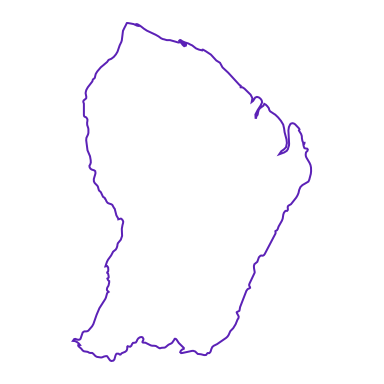 map outline of Guyane française (Natural Earth projection)
{"feature_id": "FRA-2000", "entity_name": "Guyane française", "entity_type": "Overseas department", "adm_level": 1, "iso_a3": "FRA", "parent_name": "France", "parent_adm1": "", "projection": "natural_earth1", "projection_center": [-53.325, 3.928], "detail": "fine", "context": "isolated", "style": "outline", "palette": "violet", "viewbox_px": 384, "rotation_deg": 0, "n_neighbors": 0, "source": "natural_earth", "source_scale": "10m", "svg_char_len": 5743}
<svg xmlns="http://www.w3.org/2000/svg" viewBox="0 0 384 384"><path d="M105.4,266.4L107.0,261.7L108.1,259.6L111.1,255.5L113.1,251.7L115.8,249.5L116.7,247.9L117.3,246.0L117.5,244.4L117.9,243.2L120.8,239.7L122.1,235.9L121.8,228.9L122.5,225.0L123.1,222.9L123.2,221.5L122.7,220.3L121.6,219.0L120.9,218.6L120.0,218.8L119.2,219.1L118.3,219.3L118.3,218.7L116.4,215.4L114.7,208.8L113.9,207.8L112.3,204.9L111.4,204.3L108.7,203.4L107.7,202.9L107.3,202.5L106.5,201.4L105.7,199.6L105.1,198.5L104.8,198.5L104.5,197.7L103.0,196.8L101.0,192.5L100.5,191.8L99.3,190.8L98.8,190.0L97.9,186.7L97.4,185.8L94.7,183.0L93.9,181.4L93.8,179.1L94.2,177.7L95.2,174.4L95.5,173.0L95.2,171.1L94.3,170.4L91.6,169.5L90.6,168.8L89.7,167.5L89.4,165.9L90.3,164.2L90.8,162.6L90.7,160.2L90.0,156.2L87.5,150.3L86.2,140.3L86.4,137.9L88.0,134.5L88.4,132.9L88.4,129.1L88.2,128.0L87.2,125.0L87.1,122.7L87.4,120.9L87.4,119.3L86.4,117.6L85.7,117.1L84.8,116.8L84.2,116.3L83.9,115.1L83.9,103.6L83.4,102.3L83.3,101.3L83.7,100.4L85.8,98.7L86.2,98.2L86.3,96.8L85.6,93.1L85.9,91.5L86.3,90.0L87.8,87.3L92.2,81.6L92.5,81.0L92.7,80.0L93.0,79.4L94.3,78.4L94.8,77.8L95.7,74.1L96.6,72.5L97.4,71.3L100.8,67.3L107.1,62.0L108.6,59.9L111.3,58.8L113.8,56.9L115.9,54.4L117.5,51.7L119.7,45.3L121.3,42.0L121.8,40.4L123.0,30.8L124.4,27.9L126.0,24.8L126.8,23.1L127.7,23.0L131.2,23.6L133.7,24.1L135.6,25.0L137.2,25.7L137.8,25.8L137.5,25.3L135.8,24.3L136.5,24.1L137.6,24.3L140.3,25.9L142.4,27.5L143.9,28.7L145.3,29.6L146.8,30.6L155.9,34.9L158.7,36.5L161.1,38.3L162.9,39.1L164.0,39.3L166.7,40.1L169.9,40.1L175.6,41.7L178.3,42.5L180.4,42.3L181.4,43.0L182.7,44.9L184.2,46.2L185.9,45.6L186.0,44.5L184.6,44.2L183.0,43.0L181.4,41.5L179.9,41.1L179.4,41.3L179.2,40.7L180.1,40.0L180.8,40.2L182.4,41.3L184.9,42.4L188.4,43.5L190.2,44.5L192.2,45.4L196.0,48.4L198.9,49.6L202.2,50.4L202.5,49.7L203.1,49.7L205.4,51.0L210.9,54.6L216.3,60.5L220.0,62.8L222.5,67.4L228.2,72.7L239.5,85.0L240.4,85.5L240.7,85.7L240.6,86.3L240.5,86.9L240.6,87.3L241.0,87.4L242.0,87.2L242.4,87.3L244.4,88.6L250.6,94.7L252.4,98.2L251.7,102.0L253.1,100.9L255.2,97.6L256.9,96.9L258.8,97.4L260.5,98.7L261.7,100.4L262.1,102.3L260.7,105.4L257.8,109.9L255.4,114.5L255.6,117.9L256.1,117.9L256.3,116.6L256.9,115.7L257.4,115.1L257.7,114.4L258.1,112.1L258.8,109.7L260.0,108.2L263.4,105.7L264.3,103.9L265.8,104.7L267.4,106.3L268.8,108.2L269.3,110.0L270.1,111.3L275.4,114.8L278.1,117.4L280.9,120.8L283.2,124.6L284.1,128.5L284.6,132.2L286.5,139.4L286.9,143.1L286.0,147.3L283.9,149.4L281.3,151.2L279.2,154.3L284.1,152.5L286.8,150.8L288.0,148.9L288.2,147.9L289.0,145.4L289.1,143.7L288.4,130.4L288.9,127.1L290.2,124.3L291.2,123.5L292.5,123.2L293.8,123.5L295.1,124.3L298.9,128.3L299.5,129.4L298.9,130.5L301.1,134.0L301.8,136.1L301.9,138.2L302.4,140.9L303.2,142.8L304.5,142.8L304.4,143.6L304.0,144.3L303.6,144.8L303.4,144.7L303.5,145.4L303.9,146.9L304.5,148.2L305.9,148.5L307.2,148.7L307.8,149.5L307.5,150.8L306.8,151.5L306.0,152.4L305.7,154.3L305.8,155.9L306.3,157.4L309.5,162.8L310.5,165.1L311.0,167.6L311.1,171.1L310.8,173.9L309.3,179.6L308.4,181.6L302.4,185.1L300.4,187.1L299.2,189.9L298.5,193.0L297.5,195.4L296.2,197.6L291.0,204.2L288.5,205.6L287.9,206.3L287.7,207.3L287.9,209.2L287.8,210.0L287.1,210.9L286.5,210.9L285.9,210.8L285.1,211.2L283.9,212.8L283.3,214.6L282.7,218.6L281.9,220.7L278.6,226.5L277.7,229.1L277.0,230.2L275.4,231.1L275.4,231.8L275.6,232.7L275.5,233.5L264.7,254.1L263.9,255.1L262.8,255.7L262.1,255.7L261.5,255.5L260.5,255.7L258.9,257.3L257.3,261.8L254.4,264.2L253.9,266.0L254.0,268.1L254.7,272.1L254.6,272.8L249.5,283.6L249.1,285.0L249.4,286.1L250.0,287.1L250.1,287.8L249.1,288.5L248.2,288.8L247.5,289.3L247.0,290.0L246.4,290.8L240.1,307.1L239.6,309.9L239.4,310.7L238.7,311.2L237.1,311.9L236.7,312.3L237.0,313.3L238.3,315.6L238.7,316.7L238.5,317.9L238.2,318.7L237.7,319.2L237.3,320.1L235.6,324.3L233.2,328.2L230.3,331.2L228.6,335.0L227.5,336.6L226.1,337.9L217.1,344.1L213.7,345.8L212.3,347.0L211.3,349.2L210.7,351.3L210.2,352.2L209.3,353.1L208.8,353.2L208.0,353.0L207.6,353.1L207.1,353.5L206.4,354.6L205.9,355.0L204.2,355.1L201.1,354.3L197.7,353.9L195.2,351.5L193.5,350.9L192.0,350.9L182.3,353.0L181.1,353.1L180.2,352.2L180.8,350.8L182.2,349.5L183.8,348.8L183.8,347.9L178.8,343.0L176.7,339.8L176.1,339.1L175.0,338.7L174.6,338.9L174.4,339.5L172.2,342.7L171.3,343.4L168.5,344.7L165.5,347.2L164.6,347.6L161.6,347.8L159.9,348.3L158.7,347.8L156.1,346.1L154.8,345.8L152.1,345.7L150.8,345.4L145.4,342.7L143.0,342.6L142.5,342.2L142.5,341.6L143.4,339.7L143.4,338.8L142.5,337.3L141.2,337.0L139.7,337.4L138.3,338.4L137.4,339.6L136.7,341.2L135.9,342.4L134.9,342.7L133.0,342.9L132.0,344.2L131.3,345.8L130.2,346.7L128.6,346.5L127.7,346.2L127.3,346.6L127.2,348.9L126.6,350.6L125.2,351.8L121.8,353.2L121.4,353.5L120.6,354.5L120.1,354.6L119.6,354.5L118.8,353.8L118.4,353.7L116.7,353.7L116.1,354.2L115.5,355.5L114.4,359.4L113.4,360.6L111.5,361.0L110.4,360.6L109.7,359.9L107.2,356.3L106.7,356.1L105.4,356.2L103.8,356.6L102.5,357.2L101.1,357.5L97.1,356.9L96.4,356.6L95.4,356.0L93.3,353.8L92.3,353.0L91.7,352.9L91.2,353.0L90.0,352.9L89.2,352.7L88.0,352.0L87.4,351.8L84.0,351.3L82.7,350.5L81.2,348.6L78.5,346.3L78.2,345.3L80.0,345.0L78.6,343.3L76.9,342.0L75.1,341.1L72.9,340.9L74.2,339.1L75.3,338.9L78.0,339.8L79.6,339.6L80.5,338.8L82.7,332.5L83.5,331.9L84.3,331.4L86.1,331.4L87.3,331.2L88.3,330.7L92.1,326.3L93.4,324.0L96.6,314.8L99.4,308.2L105.2,299.1L105.9,297.6L107.1,293.3L107.7,292.5L108.6,291.9L107.6,290.9L107.1,290.3L106.9,289.7L107.0,288.7L107.3,287.6L108.4,285.8L108.6,285.2L109.2,282.4L109.2,281.1L108.8,280.9L107.9,279.8L107.4,278.5L108.4,277.9L108.7,277.3L108.6,276.0L108.1,273.7L107.9,273.5L107.2,272.9L107.2,272.3L107.5,272.0L107.9,271.7L108.1,271.5L108.3,269.5L108.1,267.4L107.2,266.1L105.4,266.4Z" fill="none" stroke="#5b21b6" stroke-width="2"/></svg>